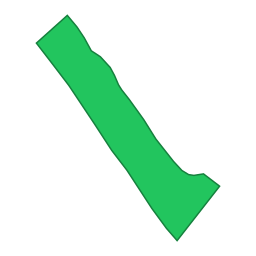 the district of Vao, Tuvalu
{"feature_id": "33948139B47278370345205", "entity_name": "Vao", "entity_type": "district", "adm_level": 2, "iso_a3": "TUV", "parent_name": "Tuvalu", "parent_adm1": "", "projection": "natural_earth1", "projection_center": [176.121, -5.68], "detail": "fine", "context": "isolated", "style": "filled", "palette": "green", "viewbox_px": 256, "rotation_deg": 0, "n_neighbors": 0, "source": "geoboundaries", "source_scale": "gbopen_adm2", "svg_char_len": 445}
<svg xmlns="http://www.w3.org/2000/svg" viewBox="0 0 256 256"><path d="M36.4,43.1L52.8,64.4L68.8,85.4L94.6,124.1L111.8,150.5L126.9,170.2L151.9,208.5L166.5,228.4L177.1,240.6L219.6,186.2L203.5,173.9L193.9,175.4L188.6,174.6L181.9,170.5L173.5,161.4L155.9,139.1L143.7,119.6L129.1,99.3L121.7,89.9L118.5,84.8L114.5,75.5L110.2,67.5L100.4,56.8L91.3,50.8L84.2,37.8L77.0,27.0L67.3,15.4L36.4,43.1Z" fill="#22c55e" stroke="#15803d" stroke-width="1.5"/></svg>